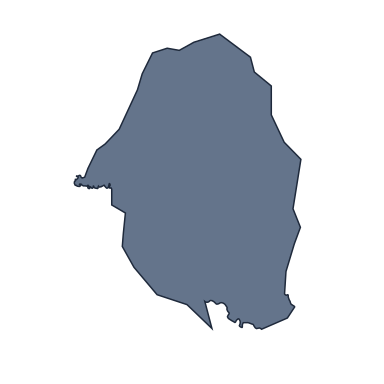 Orxontuul, Selenge, Mongolia, rotated 258°
{"feature_id": "93677404B15519148095195", "entity_name": "Orxontuul", "entity_type": "district", "adm_level": 2, "iso_a3": "MNG", "parent_name": "Mongolia", "parent_adm1": "Selenge", "projection": "robinson", "projection_center": [104.906, 48.824], "detail": "fine", "context": "isolated", "style": "filled", "palette": "slate", "viewbox_px": 384, "rotation_deg": 258, "n_neighbors": 0, "source": "geoboundaries", "source_scale": "gbopen_adm2", "svg_char_len": 4161}
<svg xmlns="http://www.w3.org/2000/svg" viewBox="0 0 384 384"><g transform="rotate(258 192 192)"><path d="M54.4,183.1L82.2,181.8L81.7,182.2L81.3,182.9L81.1,183.6L81.0,184.1L81.0,184.6L81.0,185.2L81.4,186.1L81.9,186.8L82.0,187.4L82.0,187.8L81.7,188.5L81.5,189.2L80.9,189.7L80.6,190.2L79.6,191.0L77.8,192.2L77.3,192.6L77.1,193.4L77.1,194.7L77.7,196.6L77.7,197.4L77.5,198.2L76.9,199.3L75.7,200.6L74.4,201.3L71.8,202.3L71.2,202.3L70.6,201.9L70.2,201.8L69.7,201.8L69.0,201.9L68.1,202.1L67.5,202.3L66.4,203.0L65.8,203.1L65.2,203.0L64.4,202.1L62.8,200.8L62.2,200.8L61.0,201.2L60.6,201.4L60.0,202.0L59.1,202.9L57.8,204.2L56.8,205.4L55.5,206.8L55.5,207.1L55.9,207.7L57.1,208.6L57.7,209.5L58.3,210.7L58.2,211.4L57.0,211.9L55.6,212.2L54.6,212.1L53.0,211.6L51.7,210.7L51.3,210.5L50.9,210.7L50.6,210.8L49.6,211.8L49.1,212.7L49.2,213.0L49.6,213.2L50.5,213.4L51.8,213.7L52.6,214.3L53.3,214.8L53.5,215.1L53.3,216.0L52.6,219.5L52.1,220.5L50.4,223.1L50.0,224.0L49.5,224.4L47.8,224.9L45.9,225.7L45.0,226.7L45.0,229.7L44.2,230.8L43.3,231.5L48.9,259.1L58.2,268.5L58.6,268.5L58.8,268.4L59.1,268.2L59.6,267.7L60.1,267.1L60.5,266.8L60.9,266.4L61.1,266.1L61.4,265.8L61.9,265.6L62.4,265.4L63.1,265.3L63.7,265.2L64.3,265.2L64.7,265.2L65.2,265.0L65.5,264.9L66.6,264.6L67.6,264.5L68.4,264.4L69.0,264.3L69.8,264.4L70.3,264.5L70.7,264.6L70.9,264.6L71.2,264.6L71.4,264.5L71.6,264.3L71.6,264.1L71.6,263.8L71.6,263.5L71.4,263.2L71.4,262.9L71.5,262.7L71.6,262.4L71.9,262.1L72.2,261.8L72.7,261.5L72.9,261.4L73.3,261.4L94.7,267.4L120.0,281.3L134.9,290.7L154.6,287.3L181.3,297.6L201.3,305.3L221.5,292.5L250.9,285.6L279.2,291.6L296.4,277.9L311.7,277.2L340.5,252.0L340.7,251.9L338.1,225.0L333.2,209.0L337.8,197.6L336.2,182.3L318.0,167.9L303.3,159.9L268.5,133.8L257.0,117.0L252.9,107.7L236.7,95.1L228.8,90.1L228.5,87.6L228.8,87.5L228.9,87.1L229.2,86.8L229.6,86.6L230.0,86.5L230.6,86.5L230.9,86.4L231.4,86.1L231.6,85.9L231.7,85.4L231.6,84.9L231.4,84.5L231.3,84.0L231.3,83.6L231.4,83.4L231.5,83.0L231.7,82.5L231.6,82.4L231.4,82.3L231.2,82.4L231.0,82.7L230.9,83.1L230.7,83.3L230.5,83.5L230.3,83.6L230.0,83.7L229.8,83.7L229.5,83.5L229.1,83.0L228.4,82.0L228.3,81.6L228.3,81.4L228.4,81.1L228.5,80.8L228.6,80.6L228.0,80.3L227.8,80.4L227.6,80.5L227.4,80.5L227.3,80.4L227.1,80.1L226.9,79.6L226.7,79.4L226.4,79.1L225.9,78.9L225.4,78.9L225.1,78.8L224.8,78.7L224.5,78.8L224.0,78.9L223.4,79.0L223.1,79.1L222.9,79.2L222.7,79.4L222.7,79.6L222.7,79.8L222.7,80.0L222.3,80.4L222.0,80.5L221.7,80.8L221.5,81.1L221.3,81.7L221.1,82.1L220.9,82.8L220.8,83.4L220.9,83.6L221.1,83.8L221.5,84.1L221.9,84.1L222.1,84.0L222.3,83.8L222.5,83.6L222.9,83.5L223.0,83.6L223.1,83.8L223.1,84.0L222.9,84.6L222.8,85.0L222.4,85.5L221.7,85.7L221.3,85.9L221.2,86.2L220.9,86.7L220.6,87.0L220.5,87.3L220.4,87.7L220.3,88.4L220.1,89.1L219.8,89.6L219.7,90.0L219.6,90.4L219.7,90.7L219.9,90.9L220.1,91.1L220.2,91.5L220.1,91.9L219.9,92.1L219.6,92.2L219.3,92.2L219.1,92.1L218.9,91.9L218.7,91.4L218.4,91.1L217.9,91.0L217.6,91.1L217.2,91.3L216.9,91.7L216.7,92.1L216.7,92.4L216.8,92.7L216.9,92.8L217.2,93.0L217.5,93.0L217.8,93.0L218.1,93.0L218.3,93.0L218.4,93.3L218.3,93.6L218.0,93.9L217.5,94.1L217.1,94.5L216.6,94.8L216.4,95.2L216.5,95.6L216.7,96.0L217.1,96.3L217.6,96.4L218.0,96.6L218.3,96.7L218.3,96.9L218.2,97.0L217.8,97.0L217.2,97.2L216.7,97.4L216.3,97.6L216.0,98.0L215.7,98.7L215.4,99.6L215.1,100.0L215.1,100.3L215.2,100.7L215.6,100.9L216.2,101.2L216.6,101.3L216.9,101.5L217.2,101.7L217.0,101.8L216.5,102.1L216.2,102.4L216.0,102.7L216.0,103.0L216.1,103.6L216.0,103.8L216.0,104.1L216.0,104.3L216.3,104.5L216.3,105.1L216.4,105.8L216.6,106.3L216.8,106.8L216.9,107.1L216.9,107.4L216.8,107.6L216.6,107.7L215.8,107.9L214.5,108.6L213.8,109.1L213.4,109.5L213.4,109.9L213.5,110.3L213.6,110.6L213.8,110.9L214.3,111.3L214.9,111.5L215.3,111.8L216.0,112.1L216.6,112.4L217.1,112.6L217.4,112.9L217.2,113.2L216.8,113.3L216.4,113.4L216.0,113.4L215.5,113.3L215.2,113.0L214.9,112.6L214.5,112.4L213.9,112.2L213.2,112.1L212.9,112.5L212.8,112.8L212.9,113.4L212.8,113.7L212.6,113.8L212.0,114.0L211.2,114.0L210.2,113.8L196.0,110.8L185.3,122.5L166.0,116.3L153.2,112.5L130.4,119.6L98.8,136.5L82.9,163.7L54.4,183.1Z" fill="#64748b" stroke="#1e293b" stroke-width="1.5"/></g></svg>